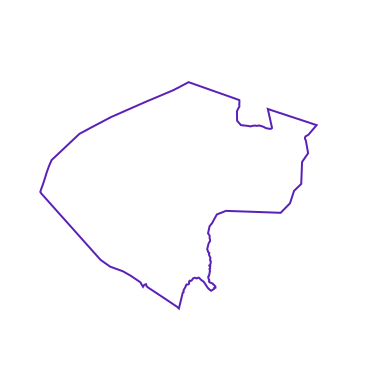 Santa María Zaniza, Oaxaca, Mexico, rotated 338°
{"feature_id": "50627088B1802746700322", "entity_name": "Santa María Zaniza", "entity_type": "district", "adm_level": 2, "iso_a3": "MEX", "parent_name": "Mexico", "parent_adm1": "Oaxaca", "projection": "equal_earth", "projection_center": [-97.347, 16.634], "detail": "fine", "context": "isolated", "style": "outline", "palette": "violet", "viewbox_px": 384, "rotation_deg": 338, "n_neighbors": 0, "source": "geoboundaries", "source_scale": "gbopen_adm2", "svg_char_len": 2523}
<svg xmlns="http://www.w3.org/2000/svg" viewBox="0 0 384 384"><g transform="rotate(338 192 192)"><path d="M111.1,261.5L112.2,260.6L113.2,260.2L114.8,260.3L114.6,262.3L115.0,263.2L115.5,264.1L123.2,275.3L135.2,292.9L136.2,295.1L145.7,281.9L146.7,281.7L147.3,280.0L149.3,278.4L150.5,277.5L151.1,276.6L152.3,275.7L153.7,276.3L154.9,276.0L155.4,274.7L155.7,274.2L155.9,273.8L156.6,273.4L157.1,273.8L157.8,274.0L158.0,273.9L158.6,273.8L159.4,273.4L160.1,272.9L160.8,272.5L161.2,272.4L161.8,272.5L162.5,272.6L162.9,272.9L163.4,273.2L163.6,273.7L164.1,273.9L164.8,273.9L165.2,273.9L165.6,273.8L166.2,273.9L166.4,274.3L166.8,275.1L167.1,276.0L167.4,276.6L167.9,277.4L168.1,277.9L168.6,278.5L169.1,279.4L169.4,280.3L169.6,281.1L169.7,282.0L170.0,283.0L170.1,283.7L170.3,284.8L170.6,286.1L170.9,287.3L171.3,288.1L171.6,288.9L172.7,290.7L175.9,290.2L176.7,289.2L177.8,289.6L178.3,288.7L177.8,286.7L177.1,285.8L176.9,284.7L175.1,282.9L174.7,282.7L174.2,281.4L175.0,280.2L174.9,278.1L175.4,276.5L176.4,276.1L177.1,274.8L177.6,274.4L178.5,272.7L179.1,272.2L179.1,271.2L179.4,270.5L179.4,269.9L180.1,269.8L180.7,268.1L180.4,266.8L180.7,266.5L180.9,266.6L181.2,267.2L181.3,267.2L181.5,266.4L182.6,265.0L183.4,263.7L183.5,263.2L183.2,262.7L183.3,261.5L184.1,260.7L184.4,259.8L184.3,259.2L184.3,257.5L184.2,256.3L185.2,255.1L184.5,253.6L184.7,252.1L184.6,250.8L186.6,248.0L188.2,245.9L189.2,245.0L190.4,244.3L190.8,243.1L191.0,241.6L191.5,240.3L192.0,239.0L191.7,237.8L191.4,236.3L195.5,230.3L199.0,228.4L202.8,225.2L206.7,222.1L212.9,222.2L216.4,222.2L266.4,244.5L278.6,239.2L287.0,229.2L296.3,225.4L305.3,205.4L314.2,199.5L316.8,187.1L316.8,186.4L316.7,185.3L316.9,184.3L317.3,183.7L318.1,183.0L320.2,182.7L321.4,182.5L332.6,176.7L323.8,169.2L320.5,166.4L297.3,146.8L293.4,143.4L290.2,162.6L289.1,163.0L288.1,162.7L287.0,162.2L286.1,161.5L285.1,160.9L284.2,160.2L283.4,159.2L282.8,158.5L282.4,158.1L281.5,157.3L280.8,156.7L280.1,156.3L279.5,155.6L277.8,155.2L276.3,154.7L275.4,154.0L274.4,153.8L273.6,153.5L272.3,153.2L271.2,153.2L270.0,152.7L269.4,152.1L262.4,148.3L260.5,142.8L263.2,135.9L263.9,134.0L266.5,131.6L267.7,130.8L268.0,130.2L268.3,129.8L268.5,129.1L268.6,128.3L269.3,127.2L269.8,126.0L270.3,124.5L230.0,88.9L212.9,90.6L184.6,91.0L145.0,92.2L122.2,94.5L109.4,95.9L73.8,109.8L69.4,114.1L64.8,119.2L61.4,123.4L56.8,128.9L52.9,133.2L51.4,135.1L51.7,136.9L61.1,163.1L64.1,171.4L81.8,220.7L88.1,230.5L98.2,239.6L103.9,246.8L108.4,253.5L110.4,256.5L110.6,258.7L111.1,261.5Z" fill="none" stroke="#5b21b6" stroke-width="2"/></g></svg>